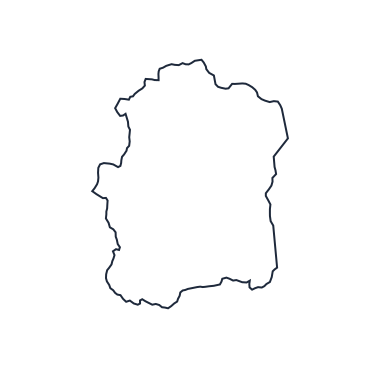 the district of Cajazeiras do Piauí, Piauí, Brazil, rotated 324°
{"feature_id": "56859067B2210430930497", "entity_name": "Cajazeiras do Piauí", "entity_type": "district", "adm_level": 2, "iso_a3": "BRA", "parent_name": "Brazil", "parent_adm1": "Piauí", "projection": "robinson", "projection_center": [-42.476, -6.786], "detail": "fine", "context": "isolated", "style": "outline", "palette": "slate", "viewbox_px": 384, "rotation_deg": 324, "n_neighbors": 0, "source": "geoboundaries", "source_scale": "gbopen_adm2", "svg_char_len": 2508}
<svg xmlns="http://www.w3.org/2000/svg" viewBox="0 0 384 384"><g transform="rotate(324 192 192)"><path d="M70.6,214.3L70.4,218.5L69.4,221.8L70.5,225.2L70.5,228.4L71.3,231.1L73.5,233.4L73.4,237.9L74.2,242.1L77.9,243.3L79.4,248.0L81.9,251.3L84.4,251.7L86.2,249.2L88.7,249.5L90.1,253.0L93.6,259.8L96.9,261.3L99.1,264.2L100.0,267.6L102.1,269.5L104.3,272.0L108.1,272.1L112.1,271.7L115.6,271.9L117.9,270.2L121.0,268.7L123.5,266.4L126.6,266.2L129.0,267.3L131.7,268.0L135.8,269.9L140.2,271.9L143.0,273.4L144.8,275.2L147.0,276.5L150.4,278.3L154.5,280.7L156.8,281.7L160.2,283.2L163.2,281.8L165.5,280.0L169.5,281.5L171.4,284.3L173.2,287.8L176.1,289.3L179.6,294.5L183.0,297.3L186.6,297.7L184.3,300.1L182.5,303.0L183.2,306.3L186.5,306.9L189.5,307.8L192.3,310.3L195.2,310.7L198.1,310.2L202.1,310.6L206.5,307.7L210.7,303.6L213.3,303.2L216.4,303.2L238.0,266.9L238.5,261.8L240.9,257.3L242.8,254.6L245.0,251.6L248.1,248.2L248.8,243.5L249.4,238.6L251.0,236.4L255.8,235.0L260.0,233.5L263.2,231.0L265.3,227.9L270.6,226.9L272.3,223.5L273.5,220.3L278.9,211.4L301.1,205.0L313.6,177.4L314.4,173.7L314.6,169.3L311.6,166.6L307.7,164.9L304.7,160.9L302.8,157.7L301.6,153.3L303.1,149.7L303.2,146.5L302.3,142.6L300.7,138.8L299.1,136.0L296.6,133.8L293.4,131.8L290.4,129.9L288.0,128.1L285.4,128.8L282.5,129.6L279.9,128.2L276.9,124.9L274.9,122.2L274.4,118.6L275.9,115.4L278.2,110.6L275.9,105.7L275.8,101.0L277.0,98.6L277.6,94.1L277.4,90.6L271.4,87.5L267.2,87.3L264.3,86.8L261.9,84.9L260.1,82.2L255.9,81.6L252.8,79.0L250.6,76.6L247.7,75.6L245.3,74.8L241.6,74.4L238.3,73.3L236.0,74.8L234.2,76.8L232.4,79.5L230.7,81.9L227.6,79.5L225.8,77.3L221.0,73.3L218.2,75.1L216.4,78.2L212.7,79.0L208.4,78.7L203.3,79.0L200.5,79.9L198.0,78.7L195.2,80.2L192.1,77.1L188.8,74.4L183.7,76.9L179.1,79.0L178.5,83.4L178.6,88.2L181.2,89.6L184.2,89.7L181.5,97.5L179.0,101.6L178.4,105.2L176.1,107.8L173.4,110.8L171.3,114.5L168.3,117.7L165.2,118.3L163.3,120.1L159.1,121.7L156.1,122.4L153.5,124.8L151.7,126.9L149.4,128.8L146.8,128.4L144.5,123.4L142.1,120.7L137.7,116.8L133.9,115.6L130.4,117.4L127.3,121.2L124.7,125.4L122.2,128.2L119.8,129.9L115.4,131.7L111.8,132.7L113.4,137.5L115.2,141.9L116.3,144.6L118.9,146.2L118.7,149.3L116.2,152.3L113.7,155.4L111.2,157.5L109.6,159.7L106.8,162.8L106.4,167.9L104.8,172.3L106.4,175.9L106.5,179.7L104.0,183.4L103.2,186.3L101.3,190.5L101.2,194.3L98.9,196.0L96.9,193.6L93.2,193.5L92.2,197.5L89.3,199.7L86.9,201.1L84.3,203.3L80.4,204.6L77.4,205.4L74.2,208.1L71.8,211.1L70.6,214.3Z" fill="none" stroke="#1e293b" stroke-width="2"/></g></svg>